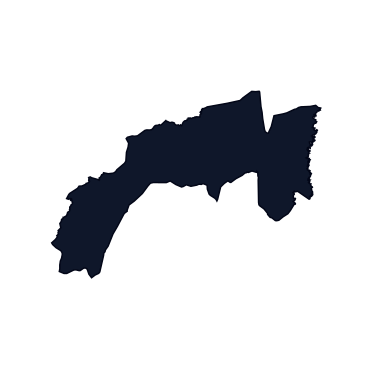 outline of Khong, Nakhon Ratchasima, Thailand, rotated 318°
{"feature_id": "78962969B53698738904765", "entity_name": "Khong", "entity_type": "district", "adm_level": 2, "iso_a3": "THA", "parent_name": "Thailand", "parent_adm1": "Nakhon Ratchasima", "projection": "orthographic", "projection_center": [102.346, 15.409], "detail": "fine", "context": "isolated", "style": "filled", "palette": "ink", "viewbox_px": 384, "rotation_deg": 318, "n_neighbors": 0, "source": "geoboundaries", "source_scale": "gbopen_adm2", "svg_char_len": 6095}
<svg xmlns="http://www.w3.org/2000/svg" viewBox="0 0 384 384"><g transform="rotate(318 192 192)"><path d="M53.7,135.9L53.3,137.8L53.7,142.4L55.3,147.9L54.8,150.3L53.7,151.7L50.8,153.9L48.0,155.2L44.9,157.8L42.4,160.6L40.2,162.3L42.4,166.9L44.4,168.7L52.0,170.9L53.7,172.2L55.5,174.9L56.4,175.6L60.1,176.0L61.2,176.5L62.1,177.4L62.5,178.5L62.2,179.9L60.4,184.1L60.0,188.5L64.6,188.9L68.2,190.0L70.0,189.7L83.8,180.0L85.6,178.4L87.3,178.2L89.0,177.1L93.4,176.1L105.2,170.3L113.6,167.6L126.1,163.0L127.4,162.6L131.0,162.9L131.5,162.2L136.5,159.5L143.0,160.1L154.1,159.9L163.4,158.0L167.0,157.6L169.5,159.0L179.2,167.8L183.2,169.2L185.0,175.7L187.6,181.3L189.3,182.1L192.6,182.8L195.0,187.0L200.2,190.1L202.3,190.8L204.2,192.7L205.6,193.0L206.1,193.7L207.6,196.7L207.6,197.3L205.3,200.2L203.3,205.1L203.4,206.7L204.8,211.8L204.9,213.7L204.5,215.3L206.1,214.6L216.7,207.4L221.8,207.2L226.1,207.7L226.8,210.4L227.4,210.9L233.6,211.5L240.4,213.2L244.0,213.3L245.5,214.1L246.2,214.0L247.0,215.2L250.6,216.5L253.0,220.4L253.9,220.0L253.7,220.6L254.1,221.3L251.7,224.2L251.2,225.5L249.1,227.5L234.5,244.3L233.2,246.3L233.1,247.4L234.2,252.7L233.9,258.4L233.2,259.3L233.1,263.1L234.1,264.7L234.8,269.0L235.7,270.0L237.6,271.1L243.2,271.4L248.7,272.3L252.6,271.6L259.0,269.7L259.4,269.3L260.4,270.1L260.9,270.0L261.2,269.5L260.8,266.7L262.8,266.9L264.4,266.2L264.4,265.6L263.3,264.9L263.5,264.0L265.1,262.3L266.5,262.1L267.0,261.1L266.6,260.1L268.2,259.7L268.6,259.9L268.5,260.7L271.0,262.2L274.2,275.7L275.1,275.9L276.2,275.0L276.2,274.5L277.0,274.8L277.4,274.1L278.4,274.2L278.3,275.1L279.9,274.8L280.4,274.2L279.8,273.6L280.3,273.4L280.3,272.8L281.3,273.0L281.8,272.3L281.9,270.9L282.5,270.3L282.5,269.6L283.5,269.0L284.6,269.1L284.8,268.7L284.4,268.1L284.4,266.7L284.9,266.6L285.1,265.9L285.7,265.6L285.2,265.2L285.4,264.6L285.0,264.2L284.9,263.1L285.7,263.3L286.3,263.0L285.8,262.6L286.4,262.1L287.5,262.1L286.9,261.5L287.2,260.9L286.4,261.4L286.1,260.8L286.7,260.7L286.8,260.1L287.3,259.8L287.9,259.8L288.1,260.3L288.3,259.7L288.9,259.9L289.0,259.4L290.1,259.6L290.7,259.4L291.4,258.9L291.5,258.2L292.0,258.3L292.4,257.9L292.7,258.4L293.0,258.3L293.0,257.4L292.4,257.2L292.2,256.5L292.7,255.9L293.1,256.0L293.2,255.1L293.7,255.1L293.6,254.4L292.8,254.6L292.9,253.9L293.4,254.1L292.7,252.8L293.1,252.6L293.0,251.6L293.4,251.5L293.9,252.0L294.4,251.4L295.8,250.8L295.2,249.9L295.7,249.8L296.3,250.1L296.2,249.6L296.8,249.8L296.7,249.3L297.3,249.3L297.5,248.9L298.3,248.6L297.7,248.1L298.1,247.6L298.5,248.1L298.1,247.2L298.3,246.9L298.6,246.8L298.7,247.2L299.1,247.1L298.8,247.7L299.1,248.0L300.0,247.7L300.1,247.3L299.7,247.1L300.2,246.7L300.7,247.3L301.4,247.1L300.8,246.0L301.5,245.6L300.9,245.1L301.1,244.1L300.4,243.7L300.3,244.4L299.9,244.2L299.6,243.0L302.0,243.5L303.1,242.3L303.5,242.4L304.3,241.2L305.2,241.6L305.1,241.1L305.7,240.1L307.2,240.5L307.3,240.0L306.8,239.1L306.0,239.1L306.8,238.2L305.8,238.1L305.8,237.5L306.2,237.1L307.0,237.6L307.4,237.2L307.6,236.4L308.3,236.6L307.9,237.4L308.7,237.7L309.1,238.6L310.8,236.5L311.4,237.0L311.8,236.8L311.8,237.6L312.6,237.0L312.8,237.6L313.3,237.5L314.1,236.2L312.9,236.4L311.7,234.9L312.7,233.3L313.1,233.4L314.1,235.1L315.2,235.0L314.9,235.8L317.8,236.0L318.0,235.5L317.0,234.2L318.2,234.0L318.5,233.4L317.7,233.2L317.7,232.4L318.5,232.4L319.1,233.4L319.7,233.6L320.2,233.5L320.3,232.6L319.5,232.4L319.3,231.4L318.5,231.7L318.2,230.3L320.2,230.3L321.1,231.2L322.2,231.0L322.6,231.6L324.7,231.1L325.0,229.8L325.8,230.3L326.5,230.0L326.4,229.2L325.3,229.2L324.2,228.1L324.4,226.9L325.7,227.1L326.1,226.6L325.1,226.1L325.4,225.2L324.7,225.0L324.5,224.6L325.8,224.2L327.6,223.0L329.2,223.2L330.1,223.7L331.7,223.2L331.3,221.9L332.3,221.1L331.7,220.1L331.4,217.7L331.7,217.2L332.8,217.0L333.3,218.3L334.2,217.8L335.1,218.4L335.5,217.8L334.4,216.9L334.5,216.1L335.9,216.6L337.1,216.1L338.0,216.3L338.4,215.9L339.7,215.7L340.2,216.5L340.5,216.0L341.1,216.0L341.1,215.4L341.6,216.7L342.2,217.0L342.6,216.0L343.8,215.8L343.6,215.4L342.9,215.5L343.0,214.6L342.3,213.8L341.9,210.4L337.1,207.5L329.9,201.6L327.7,200.5L325.1,200.1L323.4,199.1L315.5,196.7L312.1,195.0L304.0,190.2L294.6,196.5L289.4,198.7L288.6,199.3L288.0,199.4L287.4,198.6L286.7,196.4L287.6,194.2L293.6,184.8L297.5,179.5L300.3,174.8L309.2,162.9L309.3,162.1L306.4,160.0L303.7,157.2L293.1,156.1L289.0,156.2L277.6,149.7L260.2,138.9L258.5,138.6L256.1,137.6L255.5,137.0L254.8,137.7L254.3,137.3L253.9,137.5L252.7,138.7L252.1,138.1L251.4,138.2L251.3,140.0L249.9,139.9L248.0,141.5L245.4,138.9L244.8,138.6L244.5,138.8L244.3,138.4L244.1,138.6L241.8,137.2L240.6,136.9L240.2,135.8L239.6,135.8L239.3,135.0L238.6,134.6L238.3,135.2L237.1,134.7L236.2,135.4L234.0,134.2L232.0,134.3L228.7,135.8L228.4,134.5L227.7,134.7L227.5,134.3L226.9,134.2L226.7,132.9L225.6,132.4L224.8,131.3L224.5,129.8L225.0,129.2L224.9,128.4L223.8,126.7L222.4,126.0L221.8,125.3L220.9,123.0L220.3,122.7L220.4,121.4L214.1,121.5L213.2,121.2L212.8,120.0L211.6,119.8L209.7,118.3L208.6,118.0L206.7,118.2L205.4,118.8L205.1,118.5L203.7,118.7L201.9,117.5L199.8,115.5L198.2,114.7L189.1,113.8L186.7,112.2L185.0,110.3L180.6,108.1L178.8,108.3L177.6,113.3L174.5,115.9L169.9,118.6L163.5,124.8L161.1,125.5L151.1,125.2L148.8,125.8L146.2,125.4L142.0,122.4L139.2,118.6L138.6,119.4L137.8,119.0L136.5,119.2L136.3,118.8L134.1,119.7L132.3,119.5L132.2,120.2L131.4,120.5L131.4,121.1L130.8,121.2L130.3,119.6L126.9,114.2L126.5,112.8L125.3,112.2L124.7,112.2L124.4,113.3L123.2,114.0L123.1,114.6L122.8,114.7L123.0,115.4L121.6,115.8L119.5,115.2L119.2,114.8L118.0,115.1L114.2,113.9L112.0,112.1L109.4,112.7L100.0,111.2L98.5,111.5L94.4,113.0L95.3,114.7L95.6,114.7L95.8,114.1L96.6,115.5L97.7,115.7L98.0,116.4L97.8,116.9L96.4,116.6L96.3,117.2L96.9,118.6L96.1,119.5L96.1,120.0L94.8,120.9L93.3,120.7L93.1,121.1L91.1,121.4L90.3,122.2L90.0,123.0L89.2,123.1L88.7,124.0L88.0,124.3L86.3,123.9L85.4,124.2L84.7,125.2L84.2,124.9L83.1,125.7L79.6,125.0L79.3,124.6L78.3,125.5L77.4,125.1L76.4,125.3L75.4,126.3L72.7,127.0L70.5,130.9L66.7,131.1L66.5,132.0L65.1,132.7L64.6,133.9L62.3,134.0L62.0,135.3L58.6,135.9L53.7,135.9Z" fill="#0f172a" stroke="#020617" stroke-width="1.5"/></g></svg>